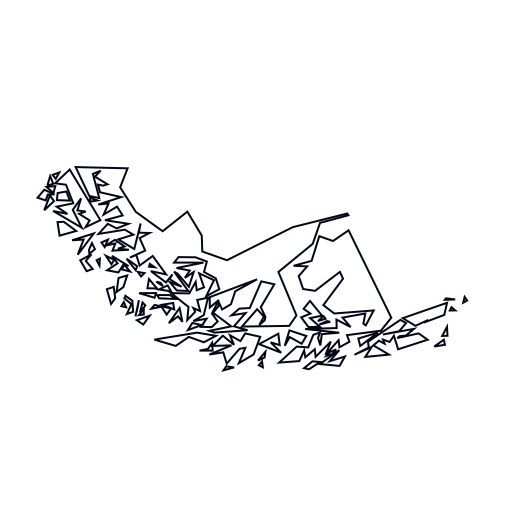 SVG path tracing the border of Magallanes y Antártica Chilena, rotated 332°
{"feature_id": "CHL-2692", "entity_name": "Magallanes y Antártica Chilena", "entity_type": "Region", "adm_level": 1, "iso_a3": "CHL", "parent_name": "Chile", "parent_adm1": "", "projection": "equal_earth", "projection_center": [-72.604, -52.278], "detail": "fine", "context": "isolated", "style": "outline", "palette": "ink", "viewbox_px": 512, "rotation_deg": 332, "n_neighbors": 0, "source": "natural_earth", "source_scale": "10m", "svg_char_len": 6204}
<svg xmlns="http://www.w3.org/2000/svg" viewBox="0 0 512 512"><g transform="rotate(332 256 256)"><path d="M183.8,118.3L168.3,131.6L170.6,160.6L185.2,190.3L216.2,184.6L217.7,212.5L210.7,226.8L228.4,246.1L302.0,247.8L356.5,261.3L356.7,263.4L328.1,256.8L311.8,271.9L268.3,280.6L263.8,327.5L252.5,333.3L210.5,311.7L232.1,303.5L234.5,313.3L226.5,318.4L233.5,316.9L235.7,314.2L236.2,303.4L258.9,289.6L248.8,280.9L226.1,299.0L216.5,294.6L206.5,296.9L220.0,301.5L203.5,307.7L213.7,317.6L183.5,304.2L179.7,300.2L201.1,306.5L191.5,285.9L199.2,282.8L201.4,280.0L201.0,287.3L211.3,286.8L221.1,277.4L246.0,277.1L195.8,270.6L191.0,279.8L202.5,277.4L190.1,286.1L191.4,295.8L183.5,298.0L174.1,292.7L182.9,288.2L170.1,284.0L182.1,283.7L194.0,270.3L183.5,267.2L180.8,278.4L176.2,272.5L176.1,276.7L165.2,280.3L172.5,269.3L163.6,248.9L179.5,257.7L190.6,250.5L187.6,258.4L195.4,259.3L197.7,244.6L207.5,257.7L193.1,268.1L208.0,268.1L210.0,256.9L202.6,245.7L210.0,237.8L201.9,228.7L187.1,220.6L180.6,223.4L206.5,237.2L180.2,229.3L190.7,237.8L182.9,241.9L193.4,240.9L182.3,251.7L178.5,234.9L176.3,231.4L179.8,255.1L169.9,249.3L167.7,238.8L175.9,248.2L168.9,235.9L173.6,233.0L164.1,237.1L156.1,220.0L168.0,230.1L164.8,207.5L148.8,209.8L150.8,198.9L144.0,198.2L160.7,199.2L161.7,185.6L172.8,185.7L163.5,180.4L169.4,173.1L151.8,192.7L142.2,176.7L157.7,179.6L152.6,171.2L127.3,162.6L140.2,158.0L145.9,166.2L158.5,167.7L139.5,153.5L157.3,157.6L156.5,147.2L140.9,147.9L150.5,140.4L140.9,136.5L164.6,140.7L148.2,126.5L150.0,118.8L154.1,122.1L158.6,123.0L151.0,110.3L158.9,107.8L150.5,106.9L144.8,131.3L137.0,124.7L138.5,92.8L183.8,118.3ZM346.5,374.0L331.2,380.6L299.2,368.6L298.2,375.6L286.9,375.8L289.4,369.1L270.9,375.9L281.9,366.7L261.3,373.0L264.1,365.9L252.0,368.6L254.1,362.1L244.9,369.1L226.4,361.0L249.4,355.1L259.2,361.2L269.7,352.5L276.5,353.6L272.3,357.5L270.8,365.2L277.4,355.9L293.5,362.8L265.1,343.5L293.4,357.5L297.2,349.9L306.2,363.2L303.5,351.0L325.5,358.1L319.0,366.2L320.4,368.8L334.3,359.3L298.1,343.5L292.4,331.0L322.2,316.9L322.6,309.4L291.8,314.5L282.1,307.3L284.3,293.8L296.3,289.2L284.6,282.3L302.8,286.4L321.2,268.2L331.0,278.9L349.8,276.8L346.5,374.0ZM115.4,149.2L98.0,121.0L109.2,130.3L103.2,118.9L119.4,123.7L121.7,103.9L112.8,97.5L132.1,92.2L135.4,151.3L119.0,150.5L125.8,146.5L119.6,135.7L126.5,136.8L119.7,131.9L128.6,123.0L115.9,129.2L115.4,149.2ZM368.2,410.5L337.7,405.1L340.3,391.2L333.6,394.6L328.9,389.4L328.4,393.8L324.8,388.5L317.7,390.0L327.1,405.5L305.1,396.4L315.5,390.6L296.6,389.4L312.6,389.7L314.6,384.3L353.5,380.2L357.1,385.7L347.0,389.6L331.2,384.9L361.3,394.5L350.9,396.6L345.2,394.2L342.2,394.8L363.3,400.7L368.2,410.5ZM207.7,341.8L190.5,342.6L203.5,332.1L197.9,330.2L179.6,337.3L181.9,325.7L168.5,321.1L192.4,323.4L175.5,315.0L189.3,310.8L194.9,324.1L195.8,313.8L202.3,323.8L210.1,319.3L221.8,329.3L207.7,341.8ZM372.9,393.6L378.1,393.3L364.0,392.5L356.4,379.8L402.7,387.0L394.6,396.4L372.9,393.6ZM282.6,321.0L286.3,339.7L274.6,336.2L279.1,348.3L269.0,343.5L267.1,331.4L277.0,332.4L273.2,325.0L282.6,321.0ZM183.2,307.7L169.5,307.7L158.7,295.9L142.9,297.7L127.0,282.1L168.0,296.0L183.2,307.7ZM239.2,348.8L250.6,337.4L262.9,350.3L255.1,354.9L247.7,343.4L239.2,348.8ZM232.8,353.2L217.4,335.3L239.2,335.1L235.1,345.8L228.4,339.1L232.8,353.2ZM123.4,159.9L99.2,171.2L111.5,160.5L101.0,155.8L123.4,159.9ZM128.9,188.3L138.8,205.1L135.9,200.8L126.8,205.9L117.8,198.7L130.3,197.5L128.9,188.3ZM160.1,279.6L158.8,272.7L147.5,274.4L164.1,266.1L160.1,279.6ZM287.3,386.5L278.2,392.3L261.7,381.4L285.4,378.2L271.8,383.5L287.3,386.5ZM146.7,190.8L131.8,183.9L137.7,178.9L128.3,176.3L139.0,175.5L144.5,185.9L137.5,184.7L146.7,190.8ZM305.8,384.4L307.6,376.9L327.7,380.9L305.8,384.4ZM109.0,149.5L92.1,145.8L96.7,132.9L102.3,135.5L109.0,149.5ZM133.1,212.7L124.3,221.2L116.0,222.3L124.3,210.9L133.1,212.7ZM121.3,247.6L114.7,246.6L123.4,240.0L119.9,231.6L122.0,229.8L125.8,237.4L121.3,247.6ZM111.5,177.3L103.4,180.4L105.7,190.8L99.3,189.9L98.8,177.3L111.5,177.3ZM107.0,107.0L101.1,104.0L96.4,108.2L90.5,102.0L100.2,98.1L107.0,107.0ZM149.6,265.8L148.7,256.4L138.7,253.4L143.5,251.6L156.4,262.4L149.6,265.8ZM118.8,110.0L117.7,119.7L106.4,113.2L110.4,107.3L118.8,110.0ZM115.9,216.5L111.8,227.3L105.5,230.3L108.7,215.3L115.9,216.5ZM134.1,258.8L124.3,263.6L120.7,256.8L134.1,258.8ZM103.4,112.7L90.5,116.2L102.5,105.8L103.4,112.7ZM164.7,256.1L150.6,247.9L150.4,244.1L161.8,250.2L164.7,256.1ZM150.7,226.1L153.3,238.2L145.0,233.5L150.7,226.1ZM124.5,195.5L123.6,185.4L129.0,192.8L124.5,195.5ZM146.8,245.2L135.3,233.9L150.3,241.8L146.8,245.2ZM262.8,379.7L249.7,380.9L245.8,377.6L256.4,375.5L262.8,379.7ZM160.8,258.6L158.7,264.8L150.6,255.1L160.8,258.6ZM176.5,312.1L173.3,319.2L161.7,313.0L169.9,315.5L176.5,312.1ZM127.2,246.0L121.2,252.7L131.9,240.0L127.2,246.0ZM154.6,240.0L164.2,240.5L164.4,247.3L154.6,240.0ZM391.4,408.2L387.6,416.3L382.9,414.0L391.4,408.2ZM117.2,167.6L117.0,174.4L109.8,175.8L111.6,172.0L117.2,167.6ZM208.7,349.3L219.3,345.0L215.9,349.7L208.7,349.3ZM111.6,100.1L106.7,105.3L103.4,96.5L111.6,100.1ZM382.5,418.1L381.1,423.1L370.9,419.6L382.5,418.1ZM146.3,209.2L143.1,212.0L140.4,197.6L146.3,209.2ZM404.6,393.0L406.4,397.6L401.6,395.1L404.6,393.0ZM135.6,202.0L137.6,210.6L131.2,204.8L135.6,202.0ZM279.8,346.2L288.2,346.8L290.6,348.9L279.8,346.2ZM142.1,132.5L135.3,130.3L136.8,126.7L142.1,132.5ZM111.7,88.9L110.9,97.1L105.7,96.0L105.6,95.1L111.7,88.9ZM168.4,285.2L175.4,291.4L161.2,289.4L168.4,285.2ZM117.2,240.3L113.6,237.1L117.7,234.6L117.2,240.3ZM126.6,177.1L125.9,171.5L133.0,172.0L126.6,177.1ZM149.5,218.7L144.9,220.1L144.2,214.6L149.5,218.7ZM177.9,339.5L184.4,344.1L173.7,341.7L177.9,339.5ZM421.0,390.1L421.5,394.5L417.0,394.5L421.0,390.1ZM134.0,243.8L135.1,247.7L127.0,251.4L134.0,243.8ZM282.9,376.1L277.2,378.4L271.3,377.3L276.3,375.5L282.9,376.1ZM280.1,342.5L287.4,340.8L287.9,344.1L280.1,342.5ZM116.9,185.0L113.3,190.9L113.3,184.9L116.9,185.0ZM403.9,382.6L411.5,387.9L402.2,383.3L403.9,382.6ZM158.6,213.1L161.2,218.3L156.5,215.2L158.6,213.1ZM211.8,352.0L209.8,357.5L207.2,353.8L211.8,352.0ZM115.4,93.8L114.5,88.9L121.5,89.9L115.4,93.8ZM159.2,234.9L159.7,238.8L155.9,231.9L159.2,234.9ZM129.4,255.0L124.9,253.2L131.9,250.4L129.4,255.0Z" fill="none" stroke="#020617" stroke-width="2"/></g></svg>